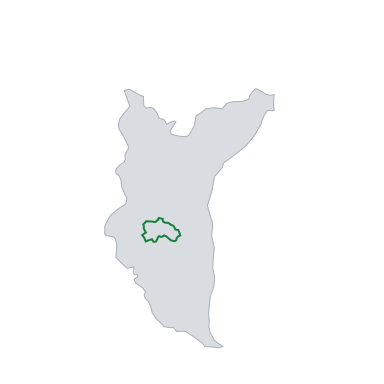 location of Teleneşti within Moldova, rotated 215°
{"feature_id": "MDA-1648", "entity_name": "Teleneşti", "entity_type": "District", "adm_level": 1, "iso_a3": "MDA", "parent_name": "Moldova", "parent_adm1": "", "projection": "equal_earth", "projection_center": [28.447, 47.584], "detail": "fine", "context": "in_parent", "style": "outline", "palette": "green", "viewbox_px": 384, "rotation_deg": 215, "n_neighbors": 0, "source": "natural_earth", "source_scale": "10m", "svg_char_len": 2619}
<svg xmlns="http://www.w3.org/2000/svg" viewBox="0 0 384 384"><g transform="rotate(215 192 192)"><path d="M78.3,83.3L79.7,80.5L93.1,72.8L96.5,74.1L103.4,74.4L117.6,74.1L124.6,69.0L128.9,70.5L132.4,68.2L138.2,65.3L139.1,65.9L139.8,66.4L148.8,67.7L155.6,70.4L160.1,74.6L164.8,77.2L169.6,78.2L172.3,80.3L172.8,83.5L177.3,85.1L185.8,85.0L189.4,87.1L188.1,91.4L189.0,92.8L192.0,91.4L194.3,92.6L195.5,95.8L196.9,97.3L201.2,92.3L205.8,92.8L216.9,94.9L222.9,105.1L226.6,108.8L229.8,110.3L233.9,108.7L237.5,106.8L239.6,107.7L244.1,114.5L245.2,123.4L245.2,127.0L243.6,133.0L241.4,139.5L239.6,143.7L240.4,147.1L242.0,149.9L244.6,150.8L253.3,156.6L256.5,160.5L261.2,163.5L264.8,163.6L266.6,165.3L267.3,167.3L266.9,172.4L264.9,177.2L265.2,180.3L268.3,184.0L268.7,188.2L268.9,190.9L270.6,193.0L278.6,197.7L288.9,202.3L291.5,206.1L293.2,211.1L292.7,219.4L292.1,226.6L305.7,236.3L304.2,238.2L302.1,240.2L289.2,241.6L286.6,242.5L281.0,235.1L278.0,234.2L275.3,236.9L272.0,238.4L268.1,237.6L263.9,235.4L261.8,233.8L260.1,233.6L257.5,235.2L254.1,234.5L251.8,232.7L248.5,238.9L246.5,240.2L245.3,240.0L245.0,229.5L244.0,227.9L241.4,227.6L235.2,230.1L229.2,233.4L227.2,236.3L227.4,241.5L228.3,247.7L232.4,257.1L230.2,261.3L228.6,267.8L222.2,273.8L215.0,277.4L214.4,284.6L210.3,289.5L203.4,294.4L198.8,300.4L200.0,304.4L200.2,308.3L199.5,310.9L199.3,312.9L197.5,313.8L186.9,314.6L183.9,315.8L180.5,318.7L177.2,313.3L173.9,308.6L171.4,306.0L172.5,304.9L175.1,303.5L177.0,301.9L176.8,296.3L175.4,289.9L174.2,286.8L174.0,281.9L173.1,274.4L174.4,260.3L179.7,242.7L182.7,234.0L181.2,229.2L182.4,218.0L180.1,212.5L176.6,205.3L171.5,189.7L165.2,184.3L157.4,178.4L154.1,173.9L151.9,168.9L147.2,164.0L141.9,159.5L135.6,148.2L132.4,143.2L131.4,141.8L124.1,134.6L120.4,128.1L118.5,122.8L117.4,117.8L112.4,108.1L107.8,100.8L103.5,95.6L101.5,91.9L96.4,87.3L89.1,83.6L84.4,83.0L78.3,83.3Z" fill="#d9dde1" stroke="#a8b0b8" stroke-width="1"/><path d="M201.5,125.0L204.6,127.0L208.1,128.2L206.5,132.4L210.1,134.1L211.0,135.0L211.6,136.2L213.4,137.5L212.9,139.4L212.8,141.7L207.4,145.1L205.9,145.7L204.6,146.7L204.5,147.6L204.5,148.4L203.9,149.2L203.8,149.9L204.3,150.7L204.3,151.7L200.6,153.1L198.8,151.2L196.5,151.4L194.2,152.8L191.9,153.3L191.2,152.9L190.6,152.9L188.9,153.5L187.8,153.5L186.8,153.3L184.1,151.7L181.5,152.9L179.1,151.5L176.7,149.7L177.9,147.7L178.0,145.2L177.3,143.4L178.0,141.7L181.5,140.3L187.7,140.9L189.9,140.5L190.2,139.7L190.5,138.7L191.2,137.8L192.1,137.3L193.6,137.0L193.9,135.5L193.3,133.1L193.2,130.6L194.2,129.6L195.5,129.1L196.6,129.8L197.7,130.3L199.6,127.9L201.5,125.0Z" fill="none" stroke="#15803d" stroke-width="2"/></g></svg>